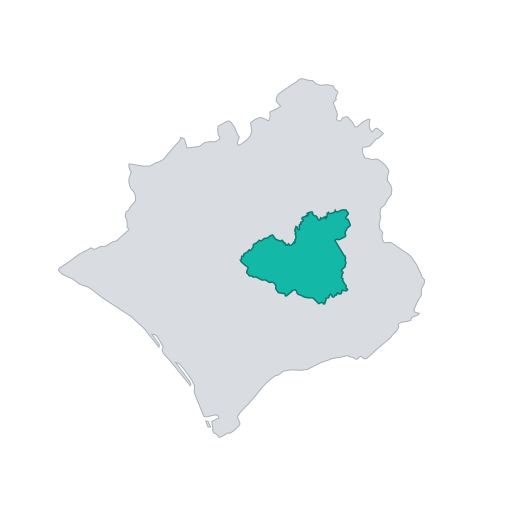 Vallée du Bandama on a map of Ivory Coast (Robinson projection), rotated 57°
{"feature_id": "CIV-3450", "entity_name": "Vallée du Bandama", "entity_type": "Region", "adm_level": 1, "iso_a3": "CIV", "parent_name": "Ivory Coast", "parent_adm1": "", "projection": "robinson", "projection_center": [-5.056, 8.307], "detail": "fine", "context": "in_parent", "style": "filled", "palette": "teal", "viewbox_px": 512, "rotation_deg": 57, "n_neighbors": 0, "source": "natural_earth", "source_scale": "10m", "svg_char_len": 9617}
<svg xmlns="http://www.w3.org/2000/svg" viewBox="0 0 512 512"><g transform="rotate(57 256 256)"><path d="M139.5,113.0L140.9,112.9L144.6,111.7L147.9,109.0L151.0,103.2L155.3,98.6L160.0,98.9L161.4,98.1L163.1,97.9L165.1,100.9L167.1,103.3L168.5,103.3L169.5,107.7L178.2,109.6L181.9,110.8L185.0,114.0L186.1,114.0L187.4,113.4L188.4,112.3L188.6,111.0L187.3,108.1L187.9,105.5L189.3,103.2L191.5,103.1L194.9,102.4L198.7,102.4L201.6,102.8L202.8,100.5L201.7,94.0L202.0,90.4L202.4,87.3L203.5,86.1L207.8,89.9L211.7,91.3L214.5,91.4L215.3,90.7L214.1,86.5L214.4,85.3L215.5,84.5L217.3,84.1L222.3,82.4L222.8,82.7L223.8,89.3L223.3,91.4L224.4,95.9L225.7,100.0L225.6,101.7L224.5,104.3L223.2,106.6L223.4,107.6L225.4,109.2L229.2,110.9L233.1,111.2L235.3,108.8L237.6,106.9L239.2,105.1L239.8,102.5L242.3,100.6L249.4,98.2L256.0,97.9L257.6,98.6L260.6,102.3L264.4,104.7L270.1,104.4L274.3,105.9L277.9,108.7L280.3,114.9L283.0,119.3L284.1,125.7L288.3,129.0L291.6,130.5L296.0,135.1L300.6,137.5L305.4,136.9L307.6,139.3L311.1,141.0L314.7,141.2L317.8,135.8L321.9,133.7L332.4,129.5L336.5,127.6L340.6,126.4L350.7,126.0L360.0,127.3L364.6,128.3L367.8,127.5L370.8,130.1L373.9,135.4L376.5,137.1L379.1,138.9L381.0,143.1L383.3,147.2L384.5,149.0L387.3,153.1L389.7,153.2L392.1,151.4L393.1,150.1L393.6,152.8L392.6,157.2L392.8,159.9L394.2,160.9L393.4,164.4L390.7,170.4L390.7,173.9L393.4,175.0L395.4,178.7L396.6,185.1L397.7,187.2L397.9,188.5L399.8,204.0L402.3,219.4L400.8,221.5L398.6,222.1L397.2,222.8L396.8,224.2L397.8,226.3L397.2,228.3L394.5,229.6L388.7,234.5L388.3,236.5L386.8,240.7L385.5,243.2L383.6,248.0L380.6,260.5L379.5,270.9L379.4,274.1L378.2,276.4L376.9,279.6L370.6,288.5L367.4,295.8L367.8,299.0L368.0,302.1L367.0,304.4L367.2,310.6L368.0,315.7L369.1,320.8L373.7,335.1L376.1,343.8L377.6,350.8L378.9,355.5L380.1,357.4L380.6,359.2L387.4,360.5L388.7,361.6L390.6,370.7L390.2,374.8L388.9,376.4L389.0,379.9L388.6,384.2L387.7,385.9L383.9,386.1L381.3,387.8L377.9,387.1L377.6,386.1L375.7,385.7L370.7,383.2L371.5,375.3L369.2,374.9L367.4,376.0L363.8,385.5L362.1,387.1L337.0,382.2L331.5,378.3L325.0,377.4L313.6,377.8L304.2,379.0L301.5,381.4L325.2,380.0L327.8,380.3L329.0,381.7L299.0,384.9L287.5,386.7L284.1,386.2L281.6,383.2L269.1,382.8L266.6,383.8L265.0,386.0L269.9,385.6L277.7,385.4L279.7,387.1L255.6,389.4L238.8,393.7L231.7,396.8L208.3,407.2L194.0,412.2L190.3,414.0L183.8,419.1L175.4,422.3L166.1,428.3L160.4,429.6L159.1,427.7L159.0,417.6L158.2,404.0L158.5,398.8L159.2,393.9L159.3,389.9L162.1,388.3L162.8,386.6L163.3,381.4L166.0,376.6L166.0,368.2L166.8,366.5L167.4,364.3L166.3,358.8L164.8,348.4L164.1,347.7L163.4,348.2L162.0,348.4L156.1,344.8L151.6,344.2L148.4,341.1L148.2,337.7L146.6,335.6L145.6,331.6L144.0,327.0L139.5,324.2L135.3,323.5L132.4,324.1L128.9,323.9L124.9,322.4L122.1,320.6L119.5,317.3L117.1,314.6L115.1,314.9L112.8,314.3L110.4,313.1L109.7,312.1L119.4,301.4L122.7,296.1L123.1,292.9L123.1,289.7L124.2,286.3L124.5,281.3L119.1,262.9L117.8,257.2L116.3,255.5L115.4,254.9L118.1,252.5L121.9,253.1L127.6,255.0L128.9,253.1L133.2,243.8L133.1,240.4L132.7,238.0L135.3,231.7L137.3,229.2L138.3,226.5L138.0,222.9L136.5,221.6L134.5,221.8L132.1,220.9L128.4,218.8L126.5,217.0L127.1,208.6L127.5,206.0L128.8,204.5L130.8,204.1L136.5,203.8L141.1,204.8L145.1,205.3L147.3,205.3L149.0,207.8L151.3,210.4L153.4,210.4L154.1,208.5L153.7,200.2L152.3,195.8L149.2,191.6L141.2,187.9L141.0,182.9L141.9,177.4L143.6,175.4L149.5,171.9L148.5,170.1L146.6,168.1L142.8,166.1L143.7,159.5L143.9,153.7L140.7,154.3L137.4,154.7L134.7,152.9L132.4,149.3L132.0,139.6L132.0,128.3L131.5,123.3L132.4,120.6L135.3,118.2L138.4,115.0L139.5,113.0ZM374.6,387.3L373.3,389.4L367.0,388.0L368.5,386.2L374.6,387.3Z" fill="#d9dde1" stroke="#a8b0b8" stroke-width="1"/><path d="M330.2,229.3L323.1,230.9L322.1,231.2L321.7,231.6L321.5,231.8L320.4,233.7L317.7,237.0L316.8,237.8L313.0,239.9L311.8,241.1L311.1,241.5L310.3,241.7L309.7,241.7L309.1,241.7L308.1,241.3L307.6,241.2L307.2,241.2L305.4,241.7L304.9,243.8L305.0,244.7L305.1,245.0L305.3,245.6L306.0,252.1L305.9,252.7L305.6,253.0L305.3,253.0L303.8,252.5L303.5,252.5L303.2,252.5L302.9,252.6L302.7,252.9L302.4,253.2L302.0,253.9L301.5,254.5L301.2,254.8L300.0,255.8L299.0,257.2L295.1,257.3L293.9,257.2L293.6,257.0L292.7,256.0L292.1,255.6L291.7,255.4L291.4,255.4L288.5,255.6L287.8,255.8L287.2,256.1L286.4,257.3L285.7,258.8L285.3,259.2L284.7,259.6L282.0,260.7L281.3,261.2L281.0,261.5L280.5,262.1L280.3,262.4L280.0,263.1L279.9,263.5L279.6,263.9L279.1,264.3L273.7,267.3L272.9,268.4L272.3,269.7L272.1,270.0L271.8,270.1L271.4,270.1L271.1,270.2L270.5,270.5L270.1,270.9L269.2,272.2L268.8,272.4L268.5,272.5L267.6,272.4L267.3,272.4L265.8,272.8L265.3,272.9L265.0,272.9L264.7,272.8L264.4,272.6L264.1,272.3L263.3,271.3L262.3,269.7L262.0,269.4L261.8,269.1L261.3,268.9L261.0,268.9L260.6,269.0L258.6,269.9L253.1,271.5L252.3,271.5L250.9,271.3L251.1,271.0L251.0,270.6L250.7,270.0L250.4,269.6L250.2,269.4L249.4,269.1L248.6,268.2L248.4,267.8L248.6,267.5L249.0,267.1L249.1,266.9L249.2,266.6L249.1,266.2L248.7,265.8L248.2,265.6L247.8,265.1L247.7,264.0L248.0,260.5L247.3,259.4L247.1,258.3L247.5,258.3L248.0,258.2L248.3,257.9L248.4,257.7L248.3,257.0L248.0,256.0L247.1,253.9L246.5,253.2L246.1,252.7L245.5,252.5L245.3,252.4L245.1,252.2L245.0,251.8L245.0,251.3L245.3,247.7L245.1,246.8L244.5,244.8L245.3,244.2L245.6,243.9L246.1,243.1L246.2,242.6L246.2,242.2L246.0,241.3L245.9,240.7L245.8,240.1L245.8,239.7L246.1,238.8L246.2,238.6L246.8,237.5L247.0,237.0L247.2,236.4L247.2,236.1L247.2,235.7L246.8,233.9L246.8,233.4L247.2,230.8L247.6,230.6L248.4,230.5L248.8,230.5L250.4,230.6L252.5,230.3L253.7,229.7L256.5,227.6L256.8,227.2L257.0,226.9L257.0,226.5L256.9,225.6L257.2,225.5L257.7,225.3L259.2,225.4L259.9,225.6L260.3,224.8L261.0,224.6L261.8,224.9L262.5,225.2L262.9,224.5L263.5,224.7L263.8,224.2L263.9,223.4L263.4,222.1L264.1,221.9L265.5,221.9L266.1,220.7L266.0,219.3L265.1,216.6L266.1,216.6L265.7,215.7L265.1,215.3L264.4,215.1L263.9,214.7L263.7,214.4L263.2,213.2L262.7,212.8L262.2,212.5L261.2,211.7L260.9,211.6L258.6,211.0L258.5,210.8L258.4,210.1L258.1,209.9L256.5,209.9L256.1,209.8L255.7,209.3L255.5,209.2L254.9,208.8L253.6,206.9L253.0,206.4L253.3,206.2L253.7,205.9L254.1,205.8L254.6,205.9L255.5,206.2L256.7,206.3L257.1,206.1L257.6,205.4L253.7,202.9L253.4,202.0L253.8,201.5L253.8,201.1L253.7,200.8L253.5,200.6L252.8,200.7L252.4,200.4L252.2,200.1L252.1,199.8L252.2,199.1L252.2,197.6L252.1,197.4L251.9,197.1L251.5,196.9L250.9,196.8L250.7,196.8L250.1,197.2L249.9,197.3L249.7,197.2L249.2,196.6L249.1,196.4L249.0,196.1L249.0,195.2L249.3,195.0L249.5,194.8L249.6,194.4L249.6,194.0L249.7,193.0L249.7,192.6L249.6,192.3L249.4,192.1L249.4,191.9L249.4,191.6L249.7,191.4L250.2,191.4L250.5,191.3L250.6,191.1L250.6,190.8L250.4,190.6L250.0,190.4L249.9,190.1L249.7,189.6L249.6,189.3L249.4,189.2L249.2,189.1L248.9,189.1L248.7,189.4L248.5,189.8L248.3,190.0L248.2,190.0L248.1,189.7L248.1,189.2L248.6,187.3L249.3,185.4L249.5,185.0L249.9,184.9L250.2,184.9L250.5,185.0L250.9,185.3L251.1,185.4L252.0,185.4L252.6,185.6L252.8,185.6L253.3,185.4L253.8,185.2L254.1,184.9L255.0,184.0L255.5,183.8L256.0,183.7L256.8,183.6L257.5,183.7L258.0,184.0L258.5,184.0L258.8,184.0L259.1,183.8L259.5,183.8L260.3,183.5L260.7,183.0L260.6,182.3L260.3,182.2L259.6,181.6L259.1,181.0L259.4,180.8L260.7,180.3L260.4,178.2L261.6,177.4L260.9,176.8L260.6,176.6L260.6,176.3L261.1,176.3L261.6,176.3L262.1,176.4L262.5,176.6L261.7,175.0L258.9,172.9L258.9,171.4L260.0,171.6L260.7,170.9L261.2,169.7L261.8,167.3L261.8,166.3L261.6,165.5L260.9,164.7L262.4,164.8L263.3,163.8L263.7,162.2L263.9,160.4L264.2,159.0L264.9,157.6L266.5,155.4L267.5,155.7L269.7,155.3L270.3,155.3L270.6,155.3L270.9,155.6L271.2,156.1L272.3,159.3L272.5,159.6L272.7,159.8L273.0,160.1L273.4,160.3L273.7,160.3L274.2,160.1L274.7,159.5L275.0,159.1L275.6,158.9L280.5,159.8L281.2,160.0L281.8,160.4L281.9,161.0L282.1,162.7L282.1,163.8L282.2,164.2L282.5,164.8L282.7,165.0L283.1,165.5L283.4,166.0L284.0,167.6L284.2,167.9L284.5,168.2L285.2,168.5L285.7,169.0L285.9,169.1L286.7,169.3L287.3,169.6L287.7,169.7L287.9,169.8L288.1,170.0L288.3,170.7L288.3,171.3L287.7,176.3L287.7,176.5L287.7,176.8L287.5,177.4L286.8,178.4L286.5,178.8L286.1,179.0L285.8,179.3L285.8,181.3L303.3,181.9L303.8,181.6L304.4,181.4L304.7,181.4L305.1,181.5L306.9,182.3L307.2,182.6L307.5,183.1L307.9,183.4L308.5,183.7L310.1,184.1L310.8,184.4L311.2,184.7L311.7,185.7L311.9,185.9L312.0,186.0L312.9,186.6L313.3,186.9L313.5,187.4L313.7,187.9L314.1,191.2L314.3,191.8L314.5,192.1L314.8,192.3L315.1,192.3L316.2,192.0L316.6,191.9L317.1,191.9L317.4,192.1L317.6,192.2L317.8,192.5L317.9,193.1L318.0,193.5L318.3,193.8L319.3,194.4L319.5,194.6L319.7,195.2L319.9,195.5L320.2,195.9L320.5,196.0L320.8,196.0L321.1,195.9L321.9,195.6L322.4,195.6L322.7,195.6L322.9,195.8L323.3,196.3L323.7,196.6L324.0,196.7L324.3,196.7L324.9,196.6L325.3,196.6L325.8,196.6L326.9,196.9L327.4,196.9L327.9,196.9L328.7,196.7L329.1,196.6L329.7,196.6L330.5,196.8L331.2,197.7L331.5,197.9L331.7,198.0L332.0,198.0L332.8,197.6L333.2,197.5L333.9,197.4L334.1,197.6L334.4,198.9L334.3,199.6L333.0,200.8L332.7,201.5L331.8,201.8L331.5,202.1L331.7,203.0L333.4,204.1L333.9,205.2L333.3,206.9L332.3,207.3L331.7,207.5L331.5,207.3L331.2,208.0L331.3,208.4L331.6,208.8L331.9,209.2L332.0,209.2L332.4,209.3L332.5,209.5L332.5,209.9L332.4,210.1L332.3,210.3L332.1,211.0L331.9,211.1L331.9,211.3L332.4,211.9L332.6,212.3L332.7,212.9L332.6,213.4L332.2,214.0L331.5,214.2L329.1,214.1L328.6,214.2L328.7,214.7L328.9,215.5L328.9,216.1L329.2,216.4L330.3,217.2L330.6,217.7L330.4,218.4L329.7,219.5L329.6,220.2L329.7,220.8L330.1,221.0L330.5,221.0L331.1,221.3L332.9,223.8L333.5,224.5L333.4,224.8L333.0,225.4L332.8,225.6L331.8,225.2L330.9,225.9L330.4,227.3L330.2,229.3Z" fill="#14b8a6" stroke="#0f766e" stroke-width="1.5"/></g></svg>